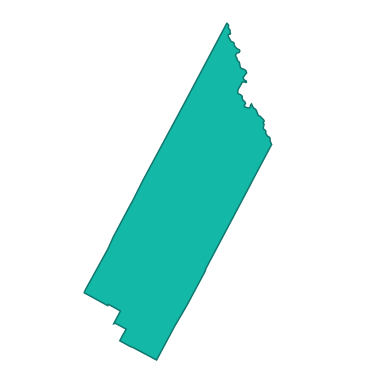 Garfield, Utah, United States of America, rotated 298°
{"feature_id": "52423323B19250472063480", "entity_name": "Garfield", "entity_type": "district", "adm_level": 2, "iso_a3": "USA", "parent_name": "United States of America", "parent_adm1": "Utah", "projection": "equal_earth", "projection_center": [-110.678, 37.845], "detail": "fine", "context": "isolated", "style": "filled", "palette": "teal", "viewbox_px": 384, "rotation_deg": 298, "n_neighbors": 0, "source": "geoboundaries", "source_scale": "gbopen_adm2", "svg_char_len": 1690}
<svg xmlns="http://www.w3.org/2000/svg" viewBox="0 0 384 384"><g transform="rotate(298 192 192)"><path d="M56.5,143.8L53.0,144.0L52.4,144.2L52.1,171.0L53.6,171.0L53.3,184.7L38.9,184.7L40.1,186.1L40.0,198.3L32.2,198.0L26.7,198.1L26.6,210.4L27.0,212.1L27.0,239.6L65.7,239.7L89.2,240.7L127.8,240.8L131.3,240.2L227.6,240.1L228.9,240.0L271.4,240.0L271.9,239.2L273.6,237.2L276.6,235.2L276.9,232.2L278.4,229.5L280.4,228.7L281.1,227.1L281.3,225.2L283.0,224.5L285.6,223.9L286.7,222.2L288.3,222.4L288.5,222.5L289.3,221.4L289.8,219.9L290.8,216.6L290.9,214.1L292.7,212.4L294.8,209.6L295.2,206.7L297.1,203.9L297.7,203.2L296.4,202.9L295.0,203.4L293.2,203.2L292.5,202.0L292.2,200.0L291.9,198.5L292.8,197.7L293.6,197.6L295.3,197.7L296.6,196.1L296.9,193.9L298.9,191.9L300.0,191.5L300.6,190.1L300.6,188.7L300.6,186.2L302.4,185.1L304.7,184.6L307.7,184.7L310.1,184.8L312.9,184.9L313.6,186.2L314.0,188.2L314.7,188.5L315.6,187.5L315.4,186.6L315.7,184.7L317.2,183.4L318.5,183.6L321.3,183.9L322.7,184.4L324.3,182.9L324.7,181.5L324.6,179.1L324.3,176.7L325.6,175.4L326.7,174.6L328.0,173.5L328.9,172.7L329.3,170.9L330.0,169.8L330.7,169.4L331.8,168.0L332.1,167.1L332.9,166.4L334.2,166.2L335.5,166.3L336.5,167.3L337.3,168.1L339.1,168.0L339.8,167.0L339.7,164.6L340.2,162.6L341.0,160.9L342.4,159.7L343.4,159.0L343.6,157.8L343.4,157.0L343.3,156.0L343.7,155.1L344.3,154.2L344.9,153.5L345.3,152.7L345.7,152.0L346.2,151.5L346.7,150.7L347.6,150.1L348.3,150.3L348.8,151.0L349.3,151.6L350.0,151.6L350.8,150.7L352.9,149.5L353.8,147.2L356.5,146.0L357.4,143.8L357.3,143.5L266.5,143.6L179.7,143.2L153.2,143.8L153.2,143.6L128.3,143.6L115.4,143.6L102.3,144.5L56.5,143.8Z" fill="#14b8a6" stroke="#0f766e" stroke-width="1.5"/></g></svg>